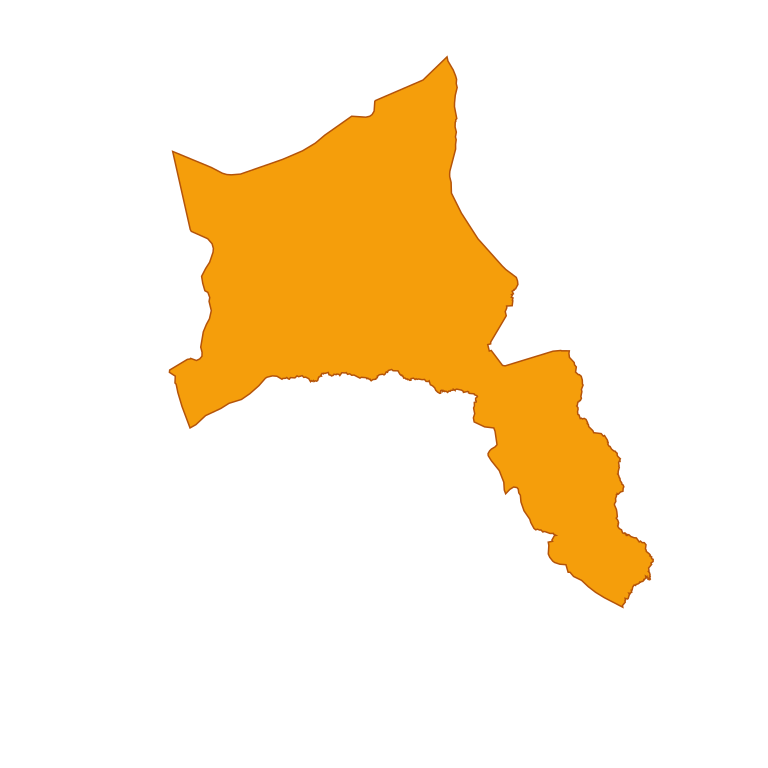 Huai Mek, Kalasin, Thailand (Natural Earth projection), rotated 161°
{"feature_id": "78962969B62836080496995", "entity_name": "Huai Mek", "entity_type": "district", "adm_level": 2, "iso_a3": "THA", "parent_name": "Thailand", "parent_adm1": "Kalasin", "projection": "natural_earth1", "projection_center": [103.224, 16.629], "detail": "fine", "context": "isolated", "style": "filled", "palette": "amber", "viewbox_px": 768, "rotation_deg": 161, "n_neighbors": 0, "source": "geoboundaries", "source_scale": "gbopen_adm2", "svg_char_len": 6168}
<svg xmlns="http://www.w3.org/2000/svg" viewBox="0 0 768 768"><g transform="rotate(161 384 384)"><path d="M217.9,672.8L248.2,658.7L299.9,654.8L300.7,654.2L304.5,645.2L307.6,642.6L310.3,641.8L314.3,642.2L327.4,647.7L358.9,638.6L370.5,634.1L385.1,631.0L406.8,629.4L451.4,629.2L460.3,631.5L464.4,633.2L468.2,635.9L476.7,644.9L508.1,672.7L516.9,593.1L516.5,591.0L503.4,578.8L500.9,572.6L501.2,567.7L502.7,564.3L509.2,555.9L515.0,551.3L521.4,545.2L522.6,538.2L523.0,530.5L520.7,528.0L520.6,522.5L522.5,519.1L523.4,509.6L527.8,502.5L532.5,498.2L537.9,492.1L545.3,478.5L545.7,473.2L547.1,469.5L550.1,467.7L553.7,467.3L558.5,471.2L559.2,470.8L561.9,471.3L582.1,467.0L583.1,464.9L578.8,459.4L581.3,453.0L580.6,451.5L581.7,442.9L582.3,428.5L581.7,405.6L575.1,406.8L563.0,412.2L546.2,414.0L536.8,416.2L523.8,415.8L514.1,418.5L502.9,423.1L494.2,428.1L492.2,428.5L486.8,428.0L482.7,426.2L478.9,421.7L478.0,422.2L475.0,421.4L473.8,421.8L472.8,420.0L471.9,419.4L470.4,420.5L466.2,418.8L463.6,420.0L462.4,418.7L458.6,418.5L457.7,416.4L455.8,416.0L453.4,413.5L452.7,410.1L451.6,410.8L451.0,409.9L449.6,410.3L449.4,409.1L448.0,409.4L446.8,408.6L445.6,408.9L443.5,411.8L442.5,411.7L441.6,412.3L440.6,411.8L440.6,413.0L439.1,414.2L438.0,413.3L437.5,413.8L436.3,413.2L433.0,413.1L433.0,410.6L431.6,409.7L431.0,408.7L429.3,408.7L428.2,409.5L426.1,408.4L425.3,408.8L423.4,407.7L423.0,406.4L420.2,408.4L416.9,407.0L416.0,407.1L415.3,405.0L413.1,404.8L411.7,402.8L409.4,402.2L404.8,397.4L403.2,397.7L398.9,395.8L398.4,394.5L397.4,394.8L396.5,393.4L395.5,393.0L395.6,392.0L395.1,391.2L393.2,391.8L390.2,391.2L390.0,391.7L388.2,392.2L387.7,393.7L386.8,393.6L385.5,394.3L382.1,393.7L381.0,392.6L379.8,393.0L377.9,394.7L376.9,393.9L375.5,395.4L372.0,395.2L371.1,393.6L366.5,391.9L365.8,388.1L365.0,386.6L364.3,386.7L364.1,385.5L363.5,385.2L363.5,383.2L362.2,382.8L361.5,381.4L360.5,381.4L360.1,380.3L359.1,380.3L358.5,379.1L357.3,378.8L356.7,380.3L354.2,379.9L353.1,378.1L351.9,378.5L351.2,377.6L349.7,377.5L346.6,375.7L344.2,375.1L343.4,372.8L341.3,371.9L340.3,372.3L340.4,368.2L338.7,366.5L337.3,363.8L337.1,361.2L335.9,358.8L334.3,357.0L333.5,356.9L332.6,359.3L331.4,359.3L331.0,359.0L331.2,358.0L330.3,358.6L330.1,357.8L329.3,357.8L329.1,357.1L327.7,357.0L326.6,355.3L325.0,356.2L323.8,355.6L323.3,356.2L320.6,355.7L320.2,356.5L318.9,354.7L318.6,355.4L316.9,355.5L312.6,352.9L311.4,351.1L311.6,350.2L307.2,349.7L306.6,349.0L307.0,348.2L306.1,347.2L302.0,345.4L302.0,344.5L299.9,342.6L299.8,341.6L302.0,340.7L302.7,338.6L302.3,338.0L302.6,337.0L304.6,337.2L305.7,333.7L307.1,332.2L307.9,326.4L310.5,322.9L311.1,318.8L302.8,310.7L294.5,306.7L294.4,303.1L296.9,289.8L299.4,288.4L303.7,287.5L305.9,286.4L308.3,284.3L308.8,282.3L307.5,276.6L303.2,264.6L302.7,252.1L304.8,244.5L304.7,240.6L299.3,243.4L295.0,244.4L292.0,242.8L291.3,241.0L292.0,237.2L291.3,234.4L292.9,227.9L292.9,218.5L290.2,208.8L290.3,205.1L289.2,198.6L288.0,196.7L286.3,196.8L284.2,195.1L283.2,195.0L281.9,192.3L281.2,192.6L279.8,192.0L275.6,188.6L272.5,187.6L272.6,187.0L270.7,184.9L272.2,185.2L276.0,181.8L275.8,180.4L280.2,181.0L280.7,177.7L284.0,169.8L283.7,166.2L282.1,161.6L280.8,159.7L276.5,156.4L270.8,153.9L271.2,146.1L269.4,145.4L267.4,140.3L261.1,134.0L256.8,125.8L251.8,118.2L245.3,110.3L230.9,95.2L230.6,96.9L226.9,99.2L226.7,100.8L226.0,101.1L225.8,102.8L223.7,101.4L222.9,101.8L220.3,105.4L220.5,106.3L219.5,105.6L219.1,106.3L217.6,106.4L217.3,108.6L216.5,108.4L214.8,111.2L212.9,112.5L211.7,111.6L211.0,112.4L208.9,112.3L207.4,112.7L206.6,113.5L206.0,113.0L204.8,113.4L203.7,113.1L202.2,113.8L202.0,114.6L201.4,114.4L199.8,115.3L199.7,114.4L199.2,117.1L198.7,116.3L198.0,116.4L198.3,115.5L197.6,114.7L197.9,113.9L196.9,114.1L197.3,112.9L196.5,112.4L195.7,112.8L195.9,114.3L195.0,115.2L195.5,116.0L194.6,116.7L194.4,119.0L195.0,120.7L194.4,120.7L193.7,123.9L189.7,126.3L190.0,127.2L189.7,127.9L187.4,128.5L186.6,130.6L187.7,131.6L187.7,132.7L187.2,133.3L188.6,134.9L187.9,135.4L188.4,136.9L190.5,140.3L190.2,141.6L190.5,142.9L188.6,146.7L189.6,149.3L191.5,149.9L192.7,152.0L194.1,151.6L195.5,156.3L197.7,157.3L200.3,159.5L201.6,161.9L202.5,162.0L203.4,162.9L203.8,162.6L203.5,161.7L204.2,161.9L204.3,164.3L205.0,164.3L205.3,164.9L205.8,164.6L206.9,165.6L206.9,168.8L208.6,170.7L209.3,173.3L209.2,173.9L208.3,174.5L208.3,175.5L207.4,176.2L207.3,179.0L208.1,181.6L206.6,182.5L205.5,187.2L205.1,189.7L205.5,194.6L204.9,195.9L203.1,197.4L202.3,200.5L200.7,202.3L200.3,203.7L199.5,203.6L199.2,204.5L198.3,203.6L195.5,204.9L193.0,204.8L191.8,207.6L190.7,208.7L190.8,210.7L191.7,211.8L191.4,212.9L192.1,215.9L191.6,218.1L192.0,218.6L191.9,221.6L192.4,222.8L191.8,223.0L190.9,225.3L188.6,228.7L188.8,229.8L188.3,230.3L187.8,233.3L186.7,234.4L186.0,234.0L185.6,235.8L184.9,236.3L186.5,239.4L186.7,240.8L186.1,242.6L187.0,244.0L187.1,245.0L188.5,245.9L190.1,248.4L190.6,251.3L191.3,251.7L192.0,254.1L191.1,255.6L191.6,256.5L191.1,256.8L191.1,258.4L192.3,263.5L193.6,263.3L194.8,266.4L201.6,269.7L201.7,271.8L204.3,277.1L203.9,279.4L204.7,280.3L204.1,281.1L204.5,284.7L205.9,286.3L207.8,286.4L208.4,287.4L209.7,287.4L209.7,291.3L210.6,292.1L210.0,294.9L208.7,297.0L208.3,298.7L209.0,300.5L208.1,301.0L206.7,303.7L205.3,303.9L204.6,304.7L203.8,304.4L202.0,306.2L201.9,308.1L199.4,312.3L199.1,314.6L196.1,318.2L196.4,319.3L195.2,323.2L195.0,327.1L196.3,329.3L197.2,329.6L199.0,332.9L196.6,337.5L197.6,340.1L197.2,342.4L200.0,348.8L199.2,352.7L198.0,355.0L205.4,357.6L205.8,358.1L213.5,360.0L263.6,361.7L265.9,363.0L271.7,380.8L273.7,380.9L273.1,387.5L270.1,387.2L269.4,389.0L246.2,408.7L245.8,413.0L243.1,416.0L242.7,417.8L237.3,416.3L235.1,420.8L235.4,421.3L234.0,423.4L235.4,424.5L233.5,426.5L234.0,427.0L232.3,427.2L232.7,430.0L230.3,430.4L230.3,431.0L228.6,431.1L227.8,431.9L225.0,434.5L224.2,438.0L224.2,441.7L231.5,452.5L233.8,457.1L247.9,490.7L255.2,520.4L258.1,542.5L254.9,552.8L254.4,558.6L253.6,561.1L252.5,563.7L239.8,582.8L238.3,587.3L236.2,591.5L236.0,594.4L233.6,598.6L233.1,603.9L231.4,608.4L230.7,608.8L230.1,610.6L228.8,611.2L227.1,623.2L225.8,626.8L222.6,633.8L218.3,640.5L217.9,644.5L216.2,648.4L216.0,652.0L216.3,658.3L218.4,668.6L217.9,672.8Z" fill="#f59e0b" stroke="#b45309" stroke-width="1.5"/></g></svg>